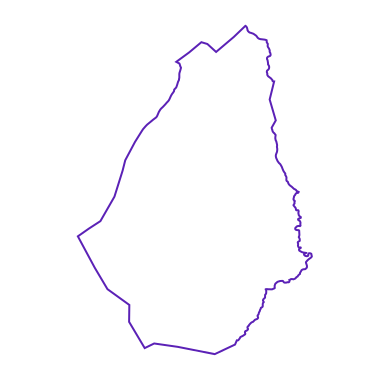 the district of Shilu'ustei, Dzavhan, Mongolia, rotated 357°
{"feature_id": "93677404B51379066868573", "entity_name": "Shilu'ustei", "entity_type": "district", "adm_level": 2, "iso_a3": "MNG", "parent_name": "Mongolia", "parent_adm1": "Dzavhan", "projection": "equal_earth", "projection_center": [97.401, 46.971], "detail": "fine", "context": "isolated", "style": "outline", "palette": "violet", "viewbox_px": 384, "rotation_deg": 357, "n_neighbors": 0, "source": "geoboundaries", "source_scale": "gbopen_adm2", "svg_char_len": 6019}
<svg xmlns="http://www.w3.org/2000/svg" viewBox="0 0 384 384"><g transform="rotate(357 192 192)"><path d="M75.7,230.3L90.9,262.5L102.5,284.6L123.5,301.5L122.4,318.4L136.6,345.4L146.3,341.3L169.7,345.9L206.2,355.1L227.0,346.6L229.0,342.5L229.9,342.6L230.5,342.4L232.0,340.7L232.6,339.6L232.9,339.3L235.1,338.4L236.6,337.5L237.6,336.9L237.7,336.6L237.8,336.4L237.5,334.9L237.6,334.4L238.1,333.7L239.1,333.4L239.7,333.1L240.6,332.3L240.7,332.1L240.7,331.6L240.7,331.3L240.4,330.9L240.3,330.6L240.3,329.9L240.7,329.2L241.7,328.5L242.1,327.7L242.5,327.3L243.7,326.1L244.6,325.4L245.3,325.1L245.8,324.9L246.2,324.8L248.1,323.0L248.5,322.8L250.6,322.1L251.1,321.6L251.4,321.1L251.4,320.7L251.3,320.2L251.0,319.4L251.0,319.0L251.1,318.7L251.5,318.3L252.1,317.5L252.2,317.2L252.4,316.3L252.7,315.6L253.3,314.8L253.9,313.1L254.5,312.2L254.7,311.4L254.9,311.2L256.0,310.7L256.5,310.2L256.6,309.9L256.7,309.5L256.7,308.3L256.9,307.1L257.1,306.5L257.8,305.9L257.9,305.7L257.8,305.3L257.3,304.5L257.2,304.2L257.2,303.9L257.5,303.1L257.8,302.7L259.2,301.5L259.4,301.3L259.6,298.9L259.7,298.4L260.4,297.7L260.7,297.2L260.9,295.9L260.9,295.3L261.0,294.7L261.0,294.3L260.9,293.8L260.5,293.3L260.5,293.0L260.7,292.9L261.4,292.9L262.5,293.0L263.1,293.1L264.3,293.2L266.7,293.4L267.2,293.3L268.4,292.8L269.1,292.6L269.6,292.2L269.6,291.8L269.6,290.0L270.3,288.2L270.7,287.7L271.7,287.0L272.5,286.3L273.0,286.1L275.4,285.5L277.7,285.5L278.2,285.7L278.3,285.9L278.7,286.5L279.2,287.1L280.0,287.4L281.4,287.4L282.7,287.1L283.8,287.2L284.2,287.0L284.5,286.7L284.7,285.8L284.9,285.4L284.8,285.2L285.0,285.2L285.1,284.9L285.4,284.6L285.8,284.4L286.2,284.2L286.7,284.2L287.2,284.1L288.7,284.5L289.3,284.3L290.6,283.8L291.1,283.4L291.5,282.8L292.2,282.3L292.9,282.0L293.8,280.8L294.6,280.1L295.5,279.5L295.6,279.3L295.6,278.5L295.8,278.1L296.5,277.2L297.2,276.0L297.5,275.7L298.0,275.4L298.8,275.1L299.4,275.0L300.8,275.0L301.3,274.8L302.1,274.1L302.6,273.6L302.8,273.2L302.9,272.8L302.9,271.5L302.1,268.6L302.1,268.3L302.2,267.9L303.8,266.2L305.1,265.2L307.4,263.7L307.8,263.3L308.2,262.8L308.3,262.4L308.0,261.0L308.0,260.3L307.8,259.9L307.5,259.7L306.5,259.3L305.4,259.4L305.1,259.6L304.9,260.0L304.8,260.3L304.8,261.3L304.7,261.6L304.5,261.8L304.2,262.0L303.1,262.1L302.0,261.8L301.6,261.6L300.8,260.8L300.7,260.6L300.6,260.0L301.0,259.5L301.5,259.3L302.6,259.0L302.7,258.8L300.2,258.3L298.9,257.9L298.0,257.4L296.4,256.4L296.0,256.0L295.9,255.6L295.9,254.8L296.1,254.5L297.4,253.7L297.6,253.6L297.7,253.3L297.6,253.1L297.3,253.0L296.4,253.2L296.1,253.1L295.8,252.9L295.4,252.5L295.1,251.6L295.0,251.1L295.2,250.1L295.3,249.4L295.0,248.3L295.0,247.9L295.1,247.6L295.4,247.3L295.7,247.1L296.8,246.6L297.0,246.4L297.1,245.9L297.1,244.7L297.0,244.2L296.7,243.5L296.3,242.8L296.4,242.2L296.8,241.5L297.0,240.4L297.0,238.4L297.0,236.5L297.0,236.2L296.8,235.9L296.5,235.7L294.7,235.5L293.7,235.1L293.4,234.8L293.2,234.4L293.2,234.0L293.2,233.6L293.5,233.1L294.1,232.6L295.0,231.8L295.4,231.7L296.1,231.5L297.0,231.5L298.0,231.7L298.4,231.5L298.6,231.1L298.5,230.2L298.5,229.3L298.7,228.8L298.7,228.2L298.5,227.3L298.3,226.8L298.0,226.5L296.8,225.6L296.6,225.4L296.5,225.1L296.6,224.6L296.8,224.4L297.1,224.2L298.3,223.9L298.9,223.6L299.3,223.4L299.3,223.1L299.3,222.7L298.6,222.2L298.1,221.7L297.7,221.1L297.4,220.6L297.3,219.8L297.1,218.5L297.4,217.4L297.5,216.7L297.4,216.4L297.2,215.9L296.8,215.7L296.3,215.7L295.7,215.8L295.2,215.6L295.0,215.4L294.9,215.0L294.8,213.9L294.6,213.3L292.7,210.7L292.8,210.1L293.8,208.8L293.8,208.4L293.8,207.3L293.8,207.0L294.1,206.8L294.1,206.5L294.1,206.2L293.2,205.3L293.0,204.9L293.0,204.4L293.1,203.7L293.4,203.0L293.7,201.7L294.2,200.9L294.6,200.6L295.4,199.3L296.3,198.5L297.8,198.4L298.3,198.0L298.5,197.5L296.7,196.6L295.9,195.4L295.3,194.9L294.0,194.2L291.9,192.0L290.2,190.6L289.4,189.7L288.9,188.9L288.6,188.3L288.4,187.2L288.0,186.6L287.3,186.1L287.1,185.8L286.9,185.3L286.9,184.3L287.1,182.6L287.0,181.9L286.7,181.2L286.0,179.8L286.1,178.4L285.3,177.3L284.4,175.7L283.7,173.8L283.0,171.6L281.7,169.0L281.1,168.3L280.3,167.5L279.1,165.6L278.0,162.8L277.8,162.2L277.6,160.9L277.6,160.0L277.8,159.1L278.2,158.1L279.0,156.3L279.3,154.7L279.4,153.4L279.2,151.6L279.2,151.0L279.4,150.4L279.4,149.1L278.9,146.3L278.8,145.8L278.3,144.8L278.0,142.8L278.1,141.6L278.5,139.5L277.2,137.5L276.8,137.3L275.8,135.9L275.5,134.8L275.5,134.2L275.3,133.9L275.1,133.2L274.9,132.0L279.4,124.9L274.4,103.7L279.8,85.9L278.9,85.8L278.3,85.4L278.1,84.3L277.5,83.7L277.1,83.0L276.7,82.6L274.1,80.4L273.4,79.2L273.3,78.7L273.4,77.7L273.3,77.2L273.1,76.7L273.0,76.0L273.1,75.4L273.3,74.8L273.6,74.5L274.2,74.1L275.0,73.3L275.3,72.8L275.5,72.1L275.6,71.4L275.6,70.9L275.4,69.9L275.0,69.2L274.7,68.7L274.6,68.3L274.7,67.4L274.4,64.7L274.3,64.2L273.9,63.3L273.9,62.3L274.0,61.9L274.3,61.5L274.7,61.1L275.2,60.8L276.8,60.3L277.2,60.1L277.6,59.5L277.7,58.6L277.4,57.1L277.0,56.4L276.9,56.0L277.0,54.6L276.8,54.0L276.4,52.8L275.5,51.3L275.3,50.8L275.2,50.2L275.3,49.2L275.4,48.6L275.4,47.9L274.8,47.0L274.5,46.5L274.5,45.2L274.5,44.7L274.4,44.3L273.1,43.8L272.3,43.6L268.2,42.9L266.9,42.4L266.3,42.0L265.6,41.3L264.8,40.0L264.3,39.3L262.4,37.8L261.6,37.2L260.9,36.9L259.5,36.3L258.0,35.8L257.5,35.5L257.1,35.1L256.4,34.3L256.1,33.7L255.9,33.3L255.9,32.7L255.5,30.8L255.1,30.0L254.7,29.4L254.0,28.9L241.8,39.4L223.4,53.4L215.1,45.0L209.2,42.9L196.4,52.5L183.1,61.2L185.2,62.5L186.0,62.9L186.2,63.1L186.7,64.9L186.9,65.9L187.4,67.0L187.5,67.4L187.1,68.6L186.9,69.2L186.6,70.1L185.7,72.5L185.6,73.0L185.5,73.6L185.4,75.7L185.3,77.3L184.9,78.7L184.9,79.3L184.7,79.7L183.8,81.3L182.9,83.9L181.9,86.4L181.5,87.0L179.7,88.7L179.5,89.1L179.4,90.0L179.3,90.4L178.3,91.8L177.4,92.8L176.5,94.1L175.9,95.1L174.3,98.2L173.6,99.3L172.7,100.3L171.6,101.3L169.9,103.1L167.4,105.5L165.5,107.1L164.6,108.1L163.1,110.3L161.2,114.2L160.5,115.2L160.0,115.7L156.9,117.8L150.7,122.4L149.0,124.0L146.4,126.7L145.0,128.6L137.7,139.0L127.0,156.8L123.8,167.1L114.3,192.6L99.0,216.3L87.2,223.1L75.7,230.3Z" fill="none" stroke="#5b21b6" stroke-width="2"/></g></svg>